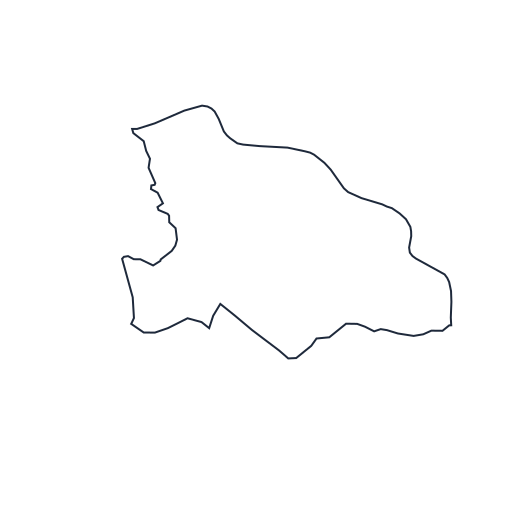 Kim Chaek City, Hamgyŏng-bukto, North Korea (Mercator projection), rotated 141°
{"feature_id": "82179303B42335507852567", "entity_name": "Kim Chaek City", "entity_type": "district", "adm_level": 2, "iso_a3": "PRK", "parent_name": "North Korea", "parent_adm1": "Hamgyŏng-bukto", "projection": "mercator", "projection_center": [129.122, 40.77], "detail": "fine", "context": "isolated", "style": "outline", "palette": "slate", "viewbox_px": 512, "rotation_deg": 141, "n_neighbors": 0, "source": "geoboundaries", "source_scale": "gbopen_adm2", "svg_char_len": 1466}
<svg xmlns="http://www.w3.org/2000/svg" viewBox="0 0 512 512"><g transform="rotate(141 256 256)"><path d="M337.8,229.4L326.9,236.5L313.9,241.2L309.8,222.3L305.7,201.1L301.6,184.5L297.5,168.0L295.4,156.1L289.0,151.4L278.2,151.4L269.6,151.4L260.9,153.8L250.2,146.7L237.2,146.7L228.6,146.7L220.1,139.6L215.8,132.5L211.6,123.1L205.1,120.7L200.9,116.0L194.5,106.5L183.8,94.7L175.3,89.9L166.7,87.6L158.1,80.5L149.5,80.5L147.9,79.3L143.4,85.5L133.0,97.4L126.5,106.0L122.3,114.2L121.2,118.6L121.0,123.0L133.3,153.3L134.4,157.5L134.3,161.8L131.7,166.2L122.9,173.7L119.9,177.6L117.7,181.5L116.3,190.2L117.6,198.7L120.3,207.7L123.2,212.1L125.4,216.7L137.6,234.6L144.2,247.7L145.1,253.3L143.6,276.1L144.2,285.3L147.1,298.2L148.9,302.3L152.1,306.6L163.3,320.4L184.0,339.1L195.9,350.7L199.6,355.3L202.0,363.8L202.7,368.1L202.6,373.0L198.7,386.0L197.2,394.3L197.8,398.6L199.6,402.7L203.3,406.8L220.2,414.1L251.2,422.8L268.5,429.6L272.3,432.7L274.0,428.7L271.0,415.9L275.2,406.8L277.2,398.3L282.4,393.6L284.0,392.1L288.4,376.0L290.0,375.1L292.9,376.7L295.5,374.1L292.6,367.1L295.2,355.5L301.8,356.0L302.8,353.1L298.1,344.3L298.2,342.0L302.2,336.8L301.0,328.2L307.1,318.4L312.2,314.8L318.3,313.0L332.2,313.3L333.4,312.4L341.9,313.4L347.9,326.2L353.0,330.4L355.5,336.4L359.2,338.5L361.8,338.1L377.8,301.5L389.9,284.6L395.4,281.9L395.7,281.8L391.4,267.2L382.8,260.1L369.9,255.4L359.1,253.0L348.4,250.7L339.9,238.9L337.8,229.4Z" fill="none" stroke="#1e293b" stroke-width="2"/></g></svg>